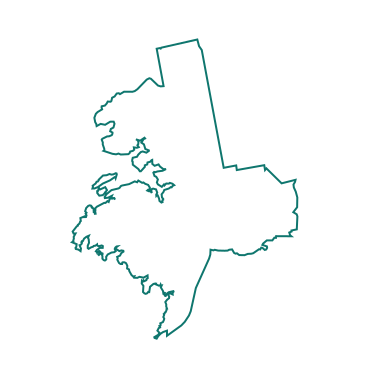 the district of Papakura Local Board Area, Auckland, New Zealand, rotated 11°
{"feature_id": "76426892B98543988194896", "entity_name": "Papakura Local Board Area", "entity_type": "district", "adm_level": 2, "iso_a3": "NZL", "parent_name": "New Zealand", "parent_adm1": "Auckland", "projection": "albers", "projection_center": [174.924, -37.061], "detail": "fine", "context": "isolated", "style": "outline", "palette": "teal", "viewbox_px": 384, "rotation_deg": 11, "n_neighbors": 0, "source": "geoboundaries", "source_scale": "gbopen_adm2", "svg_char_len": 6044}
<svg xmlns="http://www.w3.org/2000/svg" viewBox="0 0 384 384"><g transform="rotate(11 192 192)"><path d="M85.0,143.4L85.8,145.5L89.3,142.6L93.9,142.6L98.3,138.6L101.7,137.9L102.9,139.8L102.6,143.7L100.3,145.6L100.1,148.0L102.6,148.8L102.8,150.0L102.4,151.5L99.9,153.2L98.1,153.6L93.8,156.9L93.4,157.9L95.0,160.4L95.3,162.3L97.6,166.3L98.0,167.7L97.3,168.5L106.7,169.7L110.3,169.5L112.5,168.3L114.9,168.8L122.3,167.0L123.3,165.8L123.6,164.1L126.1,162.9L127.2,161.5L126.4,159.3L129.5,159.1L131.2,158.1L129.5,156.5L130.1,155.3L129.8,152.8L128.4,151.4L126.9,151.0L131.3,151.5L135.0,147.8L135.7,148.4L134.4,149.3L132.9,153.2L135.7,154.4L138.0,158.7L141.7,159.4L141.8,159.9L139.7,162.1L135.9,161.6L134.1,162.6L132.1,165.6L131.3,167.9L127.3,169.7L127.2,172.1L127.5,173.3L128.0,173.6L128.7,176.5L135.0,179.7L136.8,181.6L137.8,181.4L140.9,176.3L140.6,174.8L142.8,173.5L142.7,171.5L145.2,170.3L146.2,168.5L146.8,168.1L147.7,172.0L150.3,173.4L153.9,171.3L155.7,173.1L159.5,175.0L162.1,174.5L159.0,176.8L154.2,178.4L152.1,179.6L151.0,179.5L150.4,180.4L152.1,183.4L154.0,183.9L156.1,186.2L155.7,189.3L157.0,191.0L161.4,192.7L163.0,190.0L163.7,190.8L165.1,188.6L167.7,188.2L168.5,187.3L171.2,187.6L173.2,188.7L171.9,189.6L171.1,191.3L170.3,191.2L168.6,193.0L164.4,195.3L164.0,197.4L162.6,200.1L163.6,203.1L165.1,204.3L165.2,205.1L164.7,205.4L164.5,206.5L165.0,207.5L164.0,208.2L161.8,207.0L160.9,204.7L158.9,201.7L158.2,201.6L157.7,202.5L157.4,201.5L158.0,199.3L156.2,196.3L153.2,196.1L152.1,196.7L151.7,198.2L152.7,200.6L151.1,199.2L149.5,199.5L147.8,199.1L148.6,198.0L149.8,197.8L150.0,196.8L149.8,195.8L147.6,193.4L144.5,192.9L142.5,191.9L141.3,192.5L137.1,191.0L136.3,192.9L133.8,192.5L128.7,196.3L122.1,199.0L121.0,199.8L120.2,201.6L119.2,202.5L112.6,205.5L108.8,210.1L106.8,208.9L108.2,206.4L105.9,203.8L101.3,207.0L100.5,206.7L99.2,204.6L102.9,200.7L109.3,196.2L113.3,192.1L113.9,192.1L114.4,193.0L114.8,189.1L114.4,188.2L113.6,188.1L111.4,189.7L109.6,190.3L107.6,190.1L105.0,191.8L101.5,192.8L98.0,197.8L98.2,198.3L97.5,199.7L96.4,200.1L95.8,202.0L93.3,204.8L93.8,205.8L93.6,207.6L95.7,207.1L98.8,205.0L100.3,207.3L99.6,207.8L99.4,209.3L98.8,209.4L99.2,211.1L101.7,213.3L105.0,212.1L106.8,209.5L108.4,210.6L107.2,213.5L107.6,214.6L110.7,213.6L114.1,211.0L113.8,212.3L114.6,213.2L116.9,212.8L117.9,214.1L116.6,212.9L115.1,213.7L112.6,214.0L112.1,217.7L110.7,217.1L109.2,219.2L107.9,219.4L101.4,224.6L100.1,226.6L100.7,228.3L100.3,229.7L100.9,230.0L101.5,231.7L100.8,231.9L100.3,230.5L99.4,230.5L98.5,227.0L96.7,226.5L96.4,226.1L96.8,225.8L95.6,224.7L94.2,224.6L92.8,225.4L91.2,227.9L90.8,231.3L92.4,232.5L91.7,233.5L92.9,235.0L92.7,236.8L91.0,237.2L90.9,236.6L87.4,238.9L88.4,241.7L87.9,242.3L87.5,244.5L86.2,246.1L86.4,246.8L85.4,247.7L82.4,253.6L83.7,255.4L85.6,254.9L84.4,258.6L84.9,260.1L84.7,262.7L85.6,262.3L83.8,264.2L88.7,265.2L88.9,268.0L88.3,269.1L88.8,270.1L91.5,270.2L93.9,271.3L93.8,268.7L91.8,265.7L92.7,265.2L93.6,263.8L93.6,262.7L93.0,262.3L93.4,261.2L94.2,261.0L95.0,258.3L96.9,256.1L99.1,254.6L98.6,256.8L99.6,258.1L100.6,261.5L99.9,264.6L100.4,267.0L101.4,267.5L103.5,265.6L105.3,264.6L105.8,263.7L107.5,263.1L108.8,261.6L109.0,262.4L110.6,263.1L113.6,261.7L114.8,262.1L115.0,263.9L112.3,264.4L109.7,267.0L109.0,268.6L110.0,268.9L110.5,269.8L112.1,267.6L113.4,268.1L113.7,268.6L112.1,271.3L112.6,271.6L114.6,269.2L115.9,269.4L116.1,269.9L115.4,270.6L116.3,272.0L116.8,274.6L118.3,275.7L119.6,275.9L120.4,275.0L120.7,274.3L120.1,272.0L121.2,269.4L124.5,266.8L127.2,265.9L128.4,264.6L127.0,262.7L127.3,261.2L128.3,259.9L129.2,259.6L127.7,261.3L127.9,262.2L132.0,263.9L133.8,262.8L135.8,262.8L136.1,263.6L134.2,265.5L133.5,268.1L130.9,270.0L131.7,271.3L131.6,272.7L133.9,275.6L135.5,276.3L137.1,276.0L137.0,274.6L137.5,274.2L139.2,273.9L140.9,274.5L142.6,276.8L142.9,279.5L144.9,280.0L145.6,281.7L148.5,285.1L150.5,286.2L151.4,285.8L151.1,286.9L151.4,287.2L154.7,286.7L156.6,285.3L160.8,285.3L164.3,282.4L165.0,285.0L163.9,286.3L164.0,287.3L162.3,288.6L161.4,288.0L161.5,288.8L160.8,289.5L159.8,288.8L160.1,291.4L162.2,293.4L163.0,299.5L164.7,300.6L166.0,300.8L167.4,299.9L168.1,298.4L169.1,298.4L168.9,293.0L171.7,289.6L173.5,288.8L174.0,288.8L173.8,289.5L177.6,290.3L178.6,289.7L178.8,288.9L179.3,289.8L180.1,289.5L179.6,291.6L182.4,294.7L183.4,297.5L183.8,297.5L184.1,296.2L184.6,296.2L184.8,298.5L185.4,299.1L186.0,299.1L186.9,296.3L188.3,294.8L192.6,292.9L192.9,293.4L192.2,294.5L192.6,296.3L189.7,295.6L188.4,296.8L188.3,297.6L189.6,299.0L189.7,300.7L188.1,302.5L186.8,305.1L188.2,307.3L188.5,309.2L189.8,311.4L189.3,311.7L189.5,313.0L189.0,315.1L188.3,315.5L188.3,316.6L187.6,317.1L188.1,318.3L187.7,320.2L188.9,321.6L188.9,322.7L188.3,325.2L185.9,327.0L186.6,328.5L186.4,329.4L185.6,329.8L186.5,331.0L185.3,331.9L184.5,334.7L186.9,336.4L186.1,338.6L182.7,341.7L183.1,342.4L185.3,342.7L186.3,340.0L188.2,337.1L190.3,335.0L193.9,332.9L194.9,337.9L207.0,325.0L209.7,320.8L212.6,313.8L213.5,309.3L214.1,285.5L221.5,254.0L221.9,249.9L221.2,245.1L224.2,245.2L225.3,244.4L228.8,244.5L235.3,243.4L238.2,242.7L239.5,241.6L242.3,240.7L245.0,243.8L246.5,244.2L247.8,243.6L250.4,244.9L255.6,244.0L258.6,242.1L261.9,241.3L263.8,240.4L268.7,235.4L269.9,235.4L270.6,233.4L271.8,233.4L274.5,235.0L275.8,234.3L276.4,232.5L275.9,231.1L271.2,230.5L271.6,229.1L274.7,225.2L280.1,224.2L281.6,221.1L283.1,221.0L283.0,219.3L297.9,216.5L296.6,215.8L295.2,213.2L297.3,211.8L297.0,210.8L302.0,208.7L300.1,195.8L299.0,193.9L295.3,192.5L298.1,186.9L296.4,177.2L293.8,171.9L291.1,168.1L290.2,165.3L291.2,162.5L291.3,160.3L278.3,166.4L260.5,154.6L259.5,156.5L257.8,151.9L231.8,161.9L230.3,157.5L218.5,162.2L174.5,50.8L171.1,47.5L168.1,41.3L134.3,56.2L133.9,57.2L132.9,56.9L130.0,58.1L143.9,93.5L141.1,94.3L138.3,94.0L130.1,88.7L128.4,88.5L126.1,90.3L118.8,101.5L116.5,103.9L114.3,105.0L106.2,106.5L102.6,109.7L101.3,109.0L99.3,109.7L97.8,113.0L95.6,114.7L95.5,118.0L94.9,118.9L92.0,119.3L91.4,121.4L90.0,123.8L87.0,125.1L87.1,126.3L88.0,128.0L84.1,131.5L82.7,133.6L82.0,137.8L83.7,142.0L85.0,143.4Z" fill="none" stroke="#0f766e" stroke-width="2"/></g></svg>